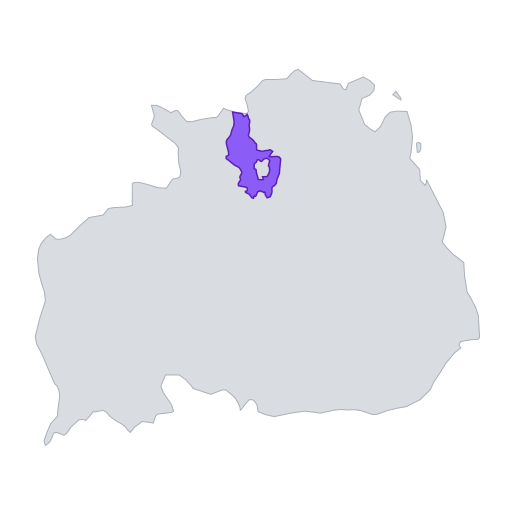 Kândal highlighted on a map of Cambodia, rotated 179°
{"feature_id": "KHM-1786", "entity_name": "Kândal", "entity_type": "Province", "adm_level": 1, "iso_a3": "KHM", "parent_name": "Cambodia", "parent_adm1": "", "projection": "albers", "projection_center": [104.96, 11.392], "detail": "fine", "context": "in_parent", "style": "filled", "palette": "violet", "viewbox_px": 512, "rotation_deg": 179, "n_neighbors": 0, "source": "natural_earth", "source_scale": "10m", "svg_char_len": 5283}
<svg xmlns="http://www.w3.org/2000/svg" viewBox="0 0 512 512"><g transform="rotate(179 256 256)"><path d="M469.9,70.2L471.2,75.0L467.8,84.0L464.1,92.2L457.2,99.3L456.9,104.6L454.6,120.2L455.5,125.2L457.2,129.5L459.5,131.7L465.8,147.0L471.4,160.9L477.0,172.2L478.1,179.5L473.2,197.8L467.4,214.7L468.0,223.1L470.6,231.5L473.4,242.7L474.6,257.0L473.2,266.4L470.6,272.2L465.5,278.2L461.1,281.3L455.7,276.3L451.5,276.1L445.8,277.6L441.3,280.0L432.2,288.8L422.2,297.4L408.2,299.6L402.7,306.0L396.9,306.9L385.8,307.2L378.6,308.8L378.9,311.9L378.4,326.9L378.6,330.4L377.4,331.3L372.4,331.8L363.9,329.6L352.4,325.9L344.2,325.4L340.0,331.9L337.5,334.5L334.4,334.9L331.1,336.0L330.1,338.9L329.8,342.6L331.4,348.8L332.0,358.7L331.6,365.4L334.6,369.7L352.3,384.0L357.5,387.6L358.1,389.7L355.1,397.5L357.9,408.5L352.3,408.3L343.1,403.6L338.7,400.7L333.4,403.1L331.5,402.6L327.9,397.2L323.1,391.7L318.3,391.4L308.0,393.6L297.5,395.1L293.5,395.1L291.9,396.1L285.8,404.3L283.2,402.9L272.7,399.8L263.0,398.6L261.0,400.7L262.2,407.4L264.3,414.0L263.1,416.7L257.8,420.2L250.8,426.4L246.5,431.2L243.5,432.3L232.8,432.1L222.1,432.7L217.9,437.3L213.9,440.8L210.4,441.8L196.5,430.5L168.9,426.5L165.9,421.6L163.3,420.6L160.7,427.0L145.5,433.1L139.2,429.4L134.5,424.8L135.3,419.3L139.7,414.8L147.2,411.6L150.7,400.2L145.1,385.7L140.1,381.4L134.8,378.0L129.2,383.4L124.5,392.6L119.5,397.4L112.6,398.4L102.5,397.9L98.7,384.1L97.4,372.2L98.9,358.7L100.5,350.7L90.8,339.6L90.4,329.0L85.7,323.6L84.3,326.3L84.4,329.3L83.1,327.1L68.0,296.1L65.5,281.8L68.3,270.8L69.8,267.1L65.5,261.3L59.3,254.6L48.4,245.9L47.8,232.2L45.5,216.1L42.2,210.6L37.3,200.6L34.7,192.4L33.9,170.7L35.3,168.9L43.1,168.4L53.0,166.9L54.6,163.4L52.9,160.5L59.3,155.6L68.5,144.9L75.6,133.7L80.7,126.6L83.8,119.6L94.1,109.7L108.2,102.8L117.8,101.3L127.8,99.0L137.3,95.7L141.9,95.4L153.7,99.5L160.1,100.6L166.8,100.5L173.8,101.0L179.9,100.6L194.4,97.8L209.8,100.1L223.6,98.3L240.6,95.1L248.9,97.1L256.6,100.4L257.6,107.0L259.4,110.0L261.9,112.4L265.3,112.4L269.6,107.7L273.3,103.0L274.4,102.1L274.6,104.5L276.4,109.6L279.7,114.7L283.0,118.0L288.5,122.5L292.0,122.7L303.7,118.5L321.1,124.6L323.2,127.7L328.8,133.9L335.0,138.4L348.6,138.6L353.4,127.5L351.0,120.8L343.2,109.1L341.1,102.2L343.6,101.0L356.7,99.7L358.8,98.3L361.7,90.7L365.3,91.5L372.6,92.5L380.2,87.2L384.8,81.8L387.3,84.2L390.0,88.0L393.0,90.2L398.6,93.5L404.7,98.1L408.5,102.6L411.6,104.3L419.4,103.0L421.5,103.2L426.0,97.7L429.1,94.6L431.8,95.5L435.8,95.4L443.8,88.3L448.5,81.9L451.0,80.1L458.3,83.2L461.2,82.6L465.4,73.7L469.9,70.2ZM93.6,365.8L92.1,366.6L90.7,366.6L89.2,365.3L89.4,360.3L90.5,357.3L92.9,356.8L93.6,365.8ZM116.4,414.9L113.3,418.2L108.4,411.3L108.4,409.4L116.4,414.9Z" fill="#d9dde1" stroke="#a8b0b8" stroke-width="1"/><path d="M276.9,400.3L268.6,398.8L267.4,398.4L266.4,397.1L266.2,395.9L265.7,395.6L263.9,396.5L262.8,397.3L262.4,397.7L262.0,397.0L261.9,396.8L261.8,396.5L261.0,393.7L260.8,393.1L260.5,392.7L260.3,392.6L260.1,392.3L260.0,391.9L259.9,390.1L260.6,387.4L260.2,383.3L260.3,381.2L261.4,377.1L261.4,376.3L260.8,375.0L259.1,373.8L257.5,372.5L256.5,371.5L254.8,368.9L254.3,368.6L253.9,368.3L253.7,368.1L253.6,367.8L253.5,366.5L253.6,362.6L253.3,362.1L253.1,361.9L252.6,361.7L249.6,361.0L249.1,360.8L248.9,360.7L248.6,360.5L248.2,360.5L247.7,360.5L245.1,361.2L242.5,361.4L241.4,361.5L240.6,361.9L240.5,362.0L239.7,361.8L237.5,360.3L241.1,355.5L240.9,355.1L239.9,355.0L233.2,355.2L230.9,354.4L229.6,352.5L230.9,341.7L231.2,338.1L233.8,332.0L234.4,328.5L234.7,328.0L235.0,327.5L235.8,326.6L236.6,325.9L237.4,325.5L237.9,325.2L238.3,324.9L238.7,324.5L238.9,323.4L238.9,319.9L239.5,317.6L240.7,315.2L241.1,314.8L242.4,314.5L243.8,314.0L245.6,316.9L245.8,318.4L245.8,319.1L245.9,319.5L246.1,319.8L246.6,319.7L246.8,319.6L246.9,319.4L247.1,319.3L247.3,319.4L247.8,319.9L248.1,320.1L249.7,320.5L250.2,321.0L250.6,321.1L251.0,320.9L251.7,320.5L252.1,320.4L252.5,320.4L252.8,320.5L253.2,320.3L253.5,319.8L254.8,316.5L255.1,316.1L255.5,315.7L256.1,315.7L256.3,315.8L256.7,316.0L257.1,315.7L257.5,313.8L259.0,314.2L261.7,317.9L264.8,319.5L265.1,319.7L265.4,320.0L265.5,320.5L265.4,320.9L265.0,321.1L264.3,321.1L264.0,321.2L263.7,321.4L263.6,321.7L263.5,322.0L263.4,322.4L263.5,323.9L263.6,324.3L265.3,325.1L272.2,326.5L272.4,327.3L272.4,327.6L272.4,328.3L272.3,328.8L272.0,329.5L270.6,331.6L270.4,331.8L270.2,332.1L270.2,332.5L270.2,333.3L270.4,334.0L270.7,334.7L270.8,335.0L270.4,336.3L268.6,339.6L268.8,340.4L269.1,340.9L270.7,344.0L271.2,344.5L271.7,345.0L276.0,347.3L282.1,352.5L283.3,353.2L284.1,354.1L284.1,356.1L282.1,357.1L281.4,357.8L281.9,361.5L283.6,368.5L283.7,370.8L283.0,372.8L280.3,375.8L279.2,377.6L278.0,382.0L276.0,386.6L275.6,389.0L275.6,391.4L276.9,400.3ZM252.7,352.4L252.9,352.3L253.1,352.1L253.9,350.1L254.9,349.2L256.0,348.2L256.2,347.1L256.4,343.4L254.7,342.7L254.4,342.2L254.2,339.7L253.6,337.1L252.8,334.6L252.7,332.8L252.4,332.5L252.0,332.4L248.3,332.2L247.3,332.4L247.3,332.7L247.3,333.1L247.7,333.9L248.1,335.1L243.5,335.2L241.3,339.3L240.9,341.1L240.9,343.3L241.0,344.0L241.1,344.6L241.7,345.4L242.0,346.0L241.9,346.8L240.6,351.3L242.9,353.4L243.5,353.5L244.4,353.4L246.1,352.9L246.6,352.7L247.0,352.4L248.0,351.1L248.7,350.6L249.2,350.5L249.8,350.7L251.5,352.2L252.7,352.4Z" fill="#8b5cf6" stroke="#5b21b6" stroke-width="1.5"/></g></svg>